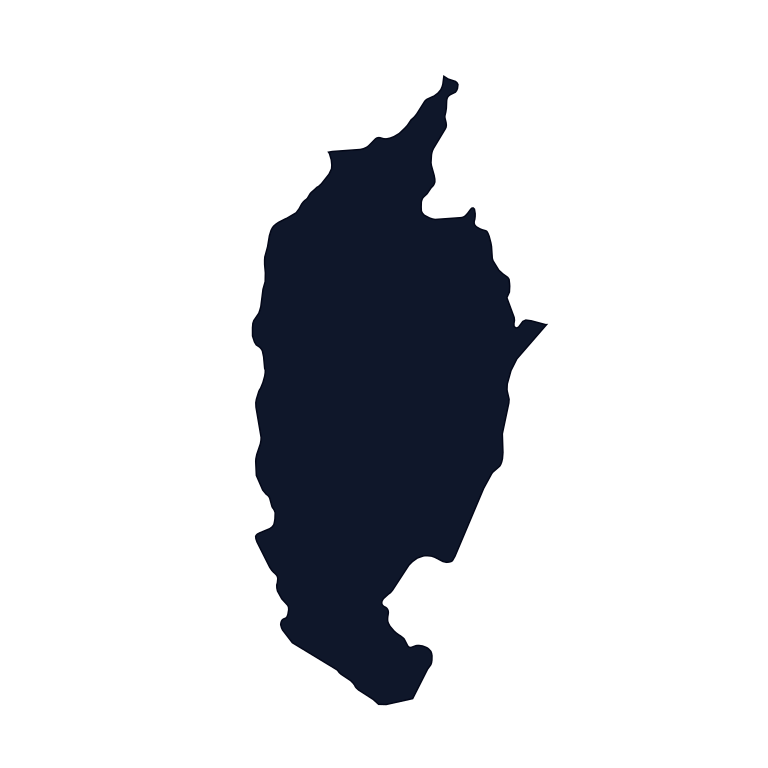 outline of Maha Sarakham, rotated 13°
{"feature_id": "THA-440", "entity_name": "Maha Sarakham", "entity_type": "Province", "adm_level": 1, "iso_a3": "THA", "parent_name": "Thailand", "parent_adm1": "", "projection": "natural_earth1", "projection_center": [103.175, 16.023], "detail": "fine", "context": "isolated", "style": "filled", "palette": "ink", "viewbox_px": 768, "rotation_deg": 13, "n_neighbors": 0, "source": "natural_earth", "source_scale": "10m", "svg_char_len": 4130}
<svg xmlns="http://www.w3.org/2000/svg" viewBox="0 0 768 768"><g transform="rotate(13 384 384)"><path d="M373.1,70.7L377.8,72.4L385.5,73.1L387.3,74.0L388.7,75.6L389.1,79.5L388.7,81.8L387.9,83.6L384.2,86.6L383.1,87.6L382.2,88.7L381.5,90.1L381.2,91.8L381.3,93.8L382.7,101.2L383.0,105.0L383.0,109.2L383.5,111.0L385.6,115.2L386.5,117.7L386.7,119.9L386.3,121.7L379.2,143.4L378.7,145.9L378.6,147.9L378.7,150.0L380.0,157.8L381.0,160.4L385.9,169.4L387.4,172.9L388.1,175.7L387.9,177.7L387.4,179.5L385.7,182.4L383.2,188.9L380.5,192.9L379.8,194.3L379.5,196.1L379.4,198.1L380.4,203.2L381.5,207.1L383.0,208.9L385.3,210.5L391.0,212.0L394.2,212.3L396.8,212.2L421.9,204.5L423.3,203.8L424.5,202.9L425.5,201.7L427.1,198.9L429.2,194.1L430.1,192.8L431.3,192.4L432.8,193.3L434.5,197.5L435.1,200.3L435.4,203.0L435.3,205.0L435.6,206.9L436.6,208.6L438.5,210.0L442.4,211.2L444.9,211.6L448.8,211.8L449.9,212.2L451.4,213.8L453.2,216.4L456.4,222.5L457.8,225.8L461.2,237.1L462.5,239.4L470.3,247.3L475.1,250.0L480.6,252.3L482.3,253.9L483.7,257.8L484.5,260.5L485.5,266.2L484.3,272.3L495.8,289.8L496.8,292.6L497.0,295.9L497.8,298.7L500.2,299.8L502.3,298.4L505.2,291.8L507.8,289.8L513.3,289.3L528.3,289.8L529.0,289.6L507.8,329.6L504.7,342.3L504.1,356.0L504.4,358.0L505.1,361.7L505.7,363.3L509.3,370.7L509.9,374.4L510.5,405.9L515.3,424.0L516.2,430.0L516.2,433.4L515.8,436.2L515.2,438.0L509.8,445.5L509.1,447.1L504.6,463.2L491.9,535.9L490.4,540.8L489.3,541.9L488.0,542.6L486.5,543.2L484.9,543.7L481.3,543.7L472.5,541.4L469.0,541.0L465.3,541.5L462.2,542.2L460.8,542.8L455.6,546.1L451.6,550.7L449.0,554.9L438.7,583.0L437.2,585.9L435.5,587.8L431.7,593.3L430.9,595.8L431.0,597.8L431.7,599.3L432.8,600.2L434.2,600.9L435.8,601.2L437.2,601.9L438.3,602.9L439.2,604.3L439.7,605.9L439.9,608.0L440.0,609.9L440.3,611.8L440.7,613.5L441.4,615.1L442.3,616.4L444.3,618.7L449.3,622.4L452.0,623.9L455.1,625.2L456.7,625.7L459.7,627.1L461.0,627.9L466.0,633.8L467.1,634.6L468.6,634.9L470.0,634.4L473.8,631.9L475.1,631.3L476.8,630.9L480.5,630.6L484.1,631.1L485.8,631.5L487.2,632.2L489.8,634.0L490.9,635.7L491.9,638.0L492.8,642.3L493.0,644.9L492.8,646.8L492.6,647.4L490.6,652.1L482.7,684.1L458.2,695.8L450.8,697.3L444.3,693.7L428.1,687.9L425.3,686.3L424.1,685.3L423.2,684.1L421.2,682.4L418.2,680.5L407.6,676.5L405.2,675.2L404.0,674.1L402.6,673.1L352.9,656.7L340.5,646.5L339.0,644.6L337.5,641.8L337.3,640.0L337.4,638.3L337.9,636.8L338.7,635.8L339.7,635.0L340.9,634.3L341.9,632.6L342.2,630.1L341.9,625.3L341.2,623.0L340.1,621.4L332.7,616.3L326.8,609.7L325.5,606.9L324.7,604.0L324.8,601.5L324.3,597.5L323.5,595.7L322.3,594.4L320.0,592.9L318.8,592.3L316.6,590.8L313.9,588.3L295.8,566.5L294.0,563.6L293.2,561.2L293.7,559.8L294.4,558.7L296.5,556.9L305.3,550.6L307.1,548.5L307.7,547.2L308.3,545.8L308.3,543.2L308.1,540.0L306.9,533.8L305.5,531.7L304.1,530.2L303.3,529.7L302.3,528.4L298.4,521.1L297.8,520.3L296.9,519.4L295.5,518.5L294.0,517.9L289.7,514.6L280.2,501.8L276.4,488.2L276.0,485.6L275.9,481.2L277.0,470.1L276.8,466.4L276.3,463.7L264.5,435.4L263.3,431.0L263.1,427.5L263.7,419.3L264.1,417.5L264.7,416.0L265.7,409.9L266.0,403.1L265.7,399.6L265.2,397.2L264.2,395.6L260.6,384.6L258.0,379.0L257.0,377.9L255.7,376.8L254.4,376.0L250.7,374.6L248.3,372.1L245.1,366.8L243.2,358.7L242.6,354.4L242.9,351.4L246.1,343.2L246.4,340.3L246.6,336.4L244.8,318.9L245.2,311.0L243.4,302.4L240.8,294.4L239.8,290.2L239.3,287.0L239.7,276.5L239.0,265.3L239.4,259.7L240.1,257.0L240.9,255.1L242.7,252.6L244.9,250.2L250.7,245.3L251.9,244.5L259.9,236.9L261.9,232.3L263.3,227.2L264.5,224.6L265.7,222.8L266.7,221.7L267.6,220.3L269.3,215.0L270.1,213.6L272.8,209.9L273.7,208.5L274.6,207.2L275.7,206.4L278.0,203.0L283.2,192.0L284.5,186.1L283.9,182.4L282.2,177.4L279.0,171.7L277.8,170.6L281.3,169.1L308.2,160.8L311.0,159.4L313.3,157.7L314.6,156.5L315.7,155.0L320.6,147.0L321.7,145.9L323.1,145.2L324.6,144.9L328.2,145.1L329.9,144.9L331.5,144.5L334.7,143.0L338.1,140.7L342.5,136.5L346.9,129.8L348.6,126.8L351.1,120.3L352.0,119.2L353.6,116.8L355.2,113.4L360.1,99.3L360.9,98.0L361.8,96.9L366.7,93.1L368.0,92.2L371.1,88.5L373.2,84.4L373.8,81.0L373.9,78.6L373.1,70.7Z" fill="#0f172a" stroke="#020617" stroke-width="1.5"/></g></svg>